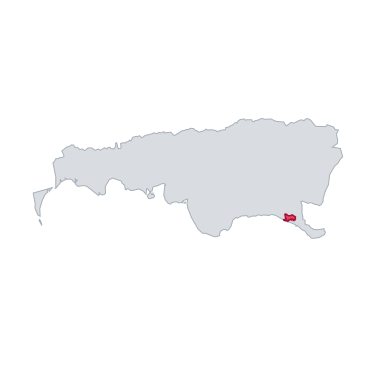 location of San Martín, Corrientes, Argentina, rotated 77°
{"feature_id": "61730980B32526789553525", "entity_name": "San Martín", "entity_type": "district", "adm_level": 2, "iso_a3": "ARG", "parent_name": "Argentina", "parent_adm1": "Corrientes", "projection": "natural_earth1", "projection_center": [-56.886, -28.867], "detail": "fine", "context": "in_parent", "style": "filled", "palette": "rose", "viewbox_px": 384, "rotation_deg": 77, "n_neighbors": 0, "source": "geoboundaries", "source_scale": "gbopen_adm2", "svg_char_len": 5554}
<svg xmlns="http://www.w3.org/2000/svg" viewBox="0 0 384 384"><g transform="rotate(77 192 192)"><path d="M233.7,115.6L231.7,119.5L232.2,122.1L230.3,128.1L230.8,129.3L229.2,132.2L229.8,135.4L229.0,138.4L229.4,142.1L228.8,143.3L227.4,143.6L226.5,148.9L227.7,153.9L226.7,154.9L228.6,158.6L234.3,161.8L237.2,165.1L237.3,166.5L235.8,168.5L235.6,170.2L236.5,172.6L237.9,174.0L240.7,174.9L241.1,178.2L240.6,180.3L235.5,187.8L234.4,191.1L229.5,194.4L217.0,198.2L207.3,199.7L201.7,199.4L197.9,197.9L198.3,202.1L200.2,203.3L199.2,203.4L200.0,204.1L199.6,207.6L198.5,208.3L197.7,211.1L197.8,213.6L198.9,215.7L197.8,217.7L193.6,219.8L188.7,220.2L179.3,217.0L179.6,216.4L179.1,216.2L177.6,216.9L177.1,219.7L178.2,224.1L178.1,227.9L178.6,229.2L182.0,230.6L181.8,232.1L183.0,232.3L185.4,231.9L185.6,230.7L184.4,230.3L187.6,229.3L188.9,230.9L189.0,234.8L188.5,235.8L186.0,236.5L185.3,236.3L183.7,233.6L182.5,233.0L178.9,234.5L178.5,235.4L183.9,237.3L180.0,239.4L177.1,243.0L177.2,249.7L176.6,251.5L174.5,253.3L174.2,254.5L174.9,255.3L174.7,256.5L170.6,256.1L167.7,258.1L165.1,258.8L160.6,266.3L161.4,269.9L167.0,275.2L173.8,276.6L174.7,278.3L174.6,280.4L173.8,281.6L171.4,282.8L173.5,282.8L174.4,283.9L162.8,293.2L161.4,295.9L160.9,301.6L160.1,302.7L157.6,303.8L155.9,302.7L154.5,300.6L154.7,302.3L152.4,302.9L155.2,303.0L156.5,304.3L152.9,306.4L151.9,308.2L151.6,310.8L150.2,312.3L151.3,312.0L152.7,317.0L149.8,317.4L153.4,318.2L157.8,324.0L157.5,324.4L157.3,323.8L146.5,321.3L132.2,320.9L132.2,320.1L128.8,317.0L129.4,314.8L128.7,312.9L129.3,311.2L128.7,309.1L127.4,308.5L122.9,309.7L120.0,304.0L119.9,301.0L119.0,299.0L119.7,296.6L122.0,296.4L122.6,293.8L125.4,291.7L125.3,289.2L127.1,287.8L127.4,286.5L125.6,283.3L126.6,279.7L129.6,277.0L129.1,273.5L130.8,271.9L129.2,267.3L130.9,265.4L129.9,264.3L129.8,261.9L131.5,261.2L132.5,258.6L130.6,256.2L127.3,255.5L127.0,254.3L133.0,254.2L133.6,252.3L133.1,251.2L128.6,250.6L128.5,248.0L129.4,246.4L128.4,244.7L128.7,243.2L127.4,240.9L128.5,239.9L125.4,237.5L125.2,233.6L125.8,232.7L125.3,230.6L127.9,228.6L126.4,224.9L126.3,217.7L125.8,215.8L127.3,212.9L126.4,210.9L127.5,209.5L126.9,205.8L128.2,205.5L129.0,199.1L132.3,197.3L132.9,196.0L130.2,188.0L130.3,185.0L129.8,183.6L130.3,181.8L129.6,179.2L130.5,176.2L132.8,174.9L133.0,173.9L135.3,171.8L135.0,166.6L133.9,164.0L135.1,163.0L135.7,159.1L137.4,155.0L138.9,154.2L138.4,149.5L138.8,145.2L136.7,144.5L137.1,141.4L136.4,140.7L135.8,137.5L134.4,134.7L134.2,133.4L135.0,132.6L133.4,131.5L132.3,128.9L132.4,126.4L132.6,124.8L134.2,123.6L133.9,122.5L135.1,117.5L136.8,117.3L137.6,115.5L136.7,114.6L136.8,111.6L135.9,107.4L137.4,105.3L138.6,98.7L142.2,94.0L144.6,86.6L146.6,86.5L148.8,84.9L146.5,80.1L147.8,77.0L146.2,70.6L146.6,68.3L147.8,66.9L146.3,64.5L146.7,62.5L148.7,60.2L155.8,56.8L158.4,46.9L156.8,45.2L160.6,39.4L163.4,38.4L164.5,35.4L168.1,38.3L174.4,38.4L177.5,39.5L179.8,45.2L183.0,37.6L191.6,37.3L193.4,40.1L196.7,43.2L199.0,47.4L206.3,54.1L215.4,57.3L221.1,61.8L227.6,65.6L230.9,66.5L233.4,69.1L234.0,71.1L232.5,72.7L231.4,75.6L229.7,77.3L229.0,79.2L229.1,81.6L225.7,86.4L225.8,88.1L229.3,87.7L237.6,89.6L241.6,89.6L243.0,90.4L245.1,88.2L248.7,89.1L251.0,85.2L253.3,84.5L255.8,81.8L257.0,78.5L257.5,71.5L258.8,72.0L261.1,71.0L263.2,72.4L265.0,78.3L264.5,84.0L263.6,86.3L261.0,87.6L259.7,89.2L255.7,90.4L253.5,93.4L248.6,96.7L248.9,98.4L247.3,98.2L239.0,110.0L233.7,115.6ZM157.3,347.0L156.3,327.1L159.3,331.0L157.9,330.8L157.6,332.6L159.9,333.0L161.1,335.4L166.4,339.7L174.0,344.1L181.5,345.4L179.5,347.5L172.3,348.6L168.0,347.4L157.3,347.0ZM184.5,346.7L186.7,345.9L191.0,345.8L185.3,347.4L184.5,346.7ZM201.2,201.0L201.2,201.9L199.8,200.6L201.2,201.0Z" fill="#d9dde1" stroke="#a8b0b8" stroke-width="1"/><path d="M239.5,96.9L239.3,97.1L239.0,97.3L238.9,97.5L238.7,97.6L238.6,97.8L238.2,98.2L237.8,98.6L237.4,99.0L237.1,99.2L237.0,99.3L236.8,99.5L237.1,100.0L237.1,100.3L237.1,100.5L237.2,100.9L237.1,101.0L237.1,101.4L237.1,101.8L237.2,102.2L237.1,102.4L237.1,102.6L236.9,103.0L236.7,103.4L236.4,103.9L236.0,104.3L235.7,104.5L235.4,104.7L235.3,104.8L235.2,104.8L235.1,105.0L234.9,105.2L235.0,105.3L234.9,105.3L234.8,105.5L234.7,105.5L234.5,105.9L234.5,106.0L234.8,106.0L234.9,106.3L235.0,106.2L235.1,106.4L235.5,106.5L235.8,106.5L236.0,106.6L236.3,106.6L237.4,106.6L237.5,106.6L237.8,106.7L238.3,106.5L238.3,106.4L238.6,106.3L238.9,106.2L239.1,106.3L239.6,106.2L239.7,106.7L239.6,107.1L239.6,107.3L239.6,107.5L239.7,107.8L239.6,108.0L239.7,108.3L239.6,108.5L239.5,108.8L239.7,109.0L239.8,109.0L240.0,108.9L240.1,108.6L240.3,108.4L240.3,108.2L240.3,107.9L240.5,107.8L240.8,107.8L240.8,107.7L241.0,107.4L241.3,106.9L241.3,106.7L241.2,106.6L241.2,106.4L241.3,106.2L241.6,105.8L241.7,105.7L241.8,105.4L241.7,105.3L241.7,105.2L241.8,105.0L241.8,104.9L241.7,104.8L241.8,104.8L241.7,104.7L241.6,104.4L241.4,104.3L241.3,104.2L241.3,103.9L241.3,104.0L241.2,103.9L241.2,103.7L241.1,103.4L241.1,103.2L241.0,102.9L241.0,102.7L241.0,102.8L240.9,102.8L240.9,102.7L240.9,102.4L240.9,102.2L241.0,102.1L240.9,102.0L241.0,101.9L240.9,101.9L240.8,101.7L241.0,101.5L241.0,101.4L241.1,101.5L241.1,101.4L241.2,101.2L241.3,101.2L241.2,101.0L241.2,100.9L241.1,100.7L241.1,100.4L241.1,100.2L241.3,100.1L241.2,100.0L241.3,100.1L241.4,99.9L241.5,99.9L241.8,99.7L241.7,99.7L241.8,99.7L241.7,99.6L241.7,99.4L241.8,99.4L241.8,99.2L242.0,99.1L242.0,98.9L242.1,98.7L242.3,98.6L242.4,98.4L242.3,98.2L242.2,98.1L242.3,98.1L242.3,97.9L242.1,97.9L241.9,97.6L241.4,97.5L241.3,97.2L240.9,97.2L240.5,97.2L240.1,97.2L239.7,97.1L239.5,96.9Z" fill="#f43f5e" stroke="#9f1239" stroke-width="1.5"/></g></svg>